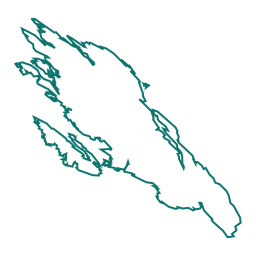 Radøy nor, Norway (Albers equal-area conic projection)
{"feature_id": "86288312B30857166423127", "entity_name": "Radøy nor", "entity_type": "district", "adm_level": 2, "iso_a3": "NOR", "parent_name": "Norway", "parent_adm1": "", "projection": "albers", "projection_center": [4.99, 60.666], "detail": "fine", "context": "isolated", "style": "outline", "palette": "teal", "viewbox_px": 256, "rotation_deg": 0, "n_neighbors": 0, "source": "geoboundaries", "source_scale": "gbopen_adm2", "svg_char_len": 5618}
<svg xmlns="http://www.w3.org/2000/svg" viewBox="0 0 256 256"><path d="M240.6,222.8L240.1,217.6L233.7,206.0L230.5,203.1L228.6,195.2L226.3,190.8L219.6,184.2L215.3,182.7L213.4,178.2L209.5,174.5L205.7,167.9L203.8,169.1L201.8,165.6L197.6,162.1L196.0,161.9L195.7,164.0L193.3,159.3L193.9,159.2L192.5,155.6L178.5,142.4L177.9,141.0L179.0,141.5L177.9,140.2L178.7,136.7L176.9,132.6L177.5,131.3L175.5,127.4L157.6,111.6L152.8,109.9L154.1,114.2L155.8,116.0L157.2,115.7L157.8,119.3L159.3,121.3L165.8,126.6L167.9,130.5L163.3,128.7L166.1,133.2L177.0,144.7L177.3,147.8L181.3,152.7L182.2,156.3L182.4,163.6L183.9,166.9L183.6,168.3L178.9,158.6L179.3,157.3L177.6,153.8L179.9,153.3L179.5,152.2L169.8,143.3L169.2,142.4L169.9,141.7L169.1,140.7L164.3,138.1L163.5,136.4L164.9,135.5L162.8,132.4L158.2,129.3L155.7,130.3L158.9,127.9L153.1,119.6L153.7,118.3L151.4,111.2L139.3,99.2L143.2,101.9L145.6,101.0L142.8,95.8L143.2,94.1L138.9,82.3L139.9,81.9L139.5,80.9L130.4,71.0L135.3,74.1L129.8,66.3L129.6,67.3L127.9,66.3L129.2,66.6L121.2,59.5L127.5,65.9L125.8,65.8L114.0,53.7L106.3,48.5L101.6,47.0L103.4,49.3L90.3,42.7L89.0,42.9L89.1,43.9L86.4,42.0L84.4,43.5L82.5,42.9L85.0,46.7L84.1,46.3L84.6,47.2L72.6,38.8L66.6,35.4L69.7,37.5L67.8,36.9L75.8,45.3L79.5,47.5L79.5,48.8L81.4,50.5L81.8,52.3L86.9,54.0L88.9,58.3L94.0,62.7L94.2,64.2L92.9,64.9L88.1,58.4L83.7,55.7L76.7,47.3L71.6,44.2L72.7,45.8L71.3,45.1L63.3,38.2L61.9,38.7L68.6,42.8L60.1,38.3L61.2,37.7L56.0,32.2L54.4,32.6L34.7,18.9L31.4,18.8L35.1,20.4L32.7,20.1L35.3,23.4L41.0,25.1L44.8,27.4L39.2,25.2L38.6,25.8L42.4,28.2L38.0,26.4L39.2,28.7L45.5,32.3L38.9,30.3L42.6,32.8L38.8,31.3L40.2,33.3L41.5,38.0L46.9,42.6L50.7,43.8L55.0,48.0L43.1,41.8L45.7,45.8L35.1,35.4L22.0,28.6L23.4,33.2L28.4,36.9L25.9,36.5L28.4,40.9L33.0,44.2L33.6,48.1L35.8,51.1L47.4,56.5L48.5,57.6L45.1,57.2L45.3,60.0L49.7,63.5L53.8,68.8L58.1,71.1L58.2,72.4L56.1,71.2L55.8,72.5L59.8,76.8L58.8,77.5L53.4,73.4L50.2,68.7L49.4,65.2L42.4,59.8L45.3,63.7L43.7,62.7L43.9,63.5L41.4,60.0L37.3,58.7L34.2,58.6L36.6,60.9L33.8,61.1L34.1,62.2L32.5,60.6L31.4,61.3L33.4,63.7L35.7,63.0L36.9,65.1L36.2,65.6L43.5,70.5L45.7,73.8L47.7,73.8L49.6,76.9L51.4,77.3L48.3,72.8L48.2,70.4L53.8,75.1L50.9,75.0L54.1,77.9L54.7,81.6L55.8,82.6L53.1,80.9L52.8,82.2L56.0,84.6L53.2,84.0L57.0,88.3L54.9,87.6L57.3,90.2L59.2,94.6L50.1,81.3L43.7,78.9L41.1,76.5L38.5,77.3L39.7,79.0L37.6,80.1L38.4,80.6L37.1,82.2L37.9,83.9L48.5,89.4L56.4,96.1L51.7,94.5L50.1,92.4L47.2,92.2L48.3,93.7L46.1,93.2L45.3,94.0L45.6,94.7L54.2,101.3L55.3,101.1L50.3,96.7L55.6,99.4L55.5,97.7L56.1,97.6L57.1,99.9L61.9,103.0L61.1,105.0L64.9,106.8L64.2,107.5L67.0,109.9L65.5,110.4L66.0,110.9L67.1,110.6L68.3,108.3L72.0,110.1L68.2,109.1L67.7,110.6L68.4,112.3L65.1,112.6L66.0,113.1L65.4,114.0L66.5,116.8L63.7,115.4L68.0,118.9L68.4,120.5L70.3,119.9L73.4,125.1L73.9,125.2L72.4,122.9L74.0,122.8L75.0,124.5L74.0,124.8L75.6,126.7L75.1,126.8L78.6,129.4L76.7,128.1L76.5,128.6L83.3,134.5L89.9,136.5L90.4,138.3L93.7,139.9L95.1,139.6L95.3,137.7L97.4,138.2L97.0,136.8L98.2,138.6L99.6,137.7L100.3,138.7L99.1,138.9L99.6,140.6L101.2,141.7L103.9,140.6L111.2,148.3L110.1,149.0L111.4,150.3L108.9,149.0L101.0,149.5L110.3,155.7L111.2,158.2L112.7,159.2L109.9,158.2L109.7,159.5L111.4,161.3L110.8,162.5L104.1,159.8L104.7,161.8L102.4,164.8L105.5,165.8L106.8,164.9L103.6,164.3L105.9,160.8L110.8,163.7L109.0,164.4L110.2,165.2L107.8,166.1L108.3,166.8L114.6,167.9L114.6,169.3L118.1,171.0L119.2,170.3L116.3,167.9L124.0,169.6L126.5,166.3L128.0,161.6L128.6,163.7L127.7,163.4L127.6,164.7L124.0,170.8L124.3,171.6L132.0,173.3L134.5,174.7L134.1,175.7L131.3,174.4L132.2,175.4L146.1,182.2L152.7,183.2L156.3,186.2L153.7,186.2L157.9,188.7L156.5,188.9L159.4,193.0L157.4,193.4L157.8,197.0L156.6,196.7L157.4,198.5L160.3,202.2L161.9,202.8L161.0,201.1L168.8,206.8L175.8,208.9L177.6,208.2L177.4,207.0L182.8,208.5L188.4,207.9L193.1,210.4L194.4,209.6L193.9,208.4L195.5,209.4L200.3,208.4L201.2,206.7L199.4,202.8L201.3,202.9L204.2,210.7L212.3,219.2L211.7,220.1L212.6,221.5L223.0,230.8L227.6,237.2L233.7,236.3L232.0,233.9L236.4,230.4L235.3,226.5L240.6,222.8ZM46.7,123.5L34.0,117.1L35.2,120.0L34.4,122.3L37.9,124.4L35.9,122.3L37.9,120.6L38.3,123.1L39.0,123.1L37.6,125.1L39.6,126.9L38.8,128.6L42.2,130.1L41.7,131.5L42.5,132.5L42.2,133.2L44.9,134.7L43.8,135.7L44.1,136.7L42.1,136.0L42.0,137.3L45.1,139.5L44.7,141.2L46.0,142.0L46.0,144.4L50.1,145.5L49.1,144.1L54.2,144.8L54.6,143.6L56.8,145.4L56.5,148.8L58.6,148.9L59.2,152.4L60.4,152.7L59.4,154.8L63.2,156.3L62.7,155.2L66.2,153.7L65.6,155.7L66.2,156.2L65.8,159.8L64.8,158.4L62.1,159.4L63.8,160.1L63.2,162.8L64.3,164.3L65.7,165.3L67.1,164.0L67.0,165.4L72.5,166.6L73.8,162.9L75.1,161.8L75.7,163.6L77.3,163.6L77.3,167.4L76.3,167.7L78.6,170.2L92.7,175.2L98.8,175.5L99.2,173.7L101.4,173.3L98.8,168.5L100.6,170.4L101.1,170.3L98.5,166.8L97.4,166.5L97.8,167.6L93.2,163.1L94.0,162.0L100.1,165.7L98.7,163.1L91.5,154.1L86.8,150.8L85.5,148.3L83.4,147.9L83.5,146.5L82.4,146.5L81.5,144.1L75.4,140.1L75.5,137.0L74.9,137.5L73.8,135.5L69.1,133.9L70.0,136.3L69.4,136.7L73.1,139.7L72.0,140.3L77.8,146.8L84.5,151.3L87.8,156.0L87.3,156.3L88.3,158.4L89.0,157.8L89.3,159.5L91.1,160.9L83.6,158.2L83.5,156.6L82.5,156.1L83.8,155.5L83.2,154.2L72.7,146.9L74.2,146.3L68.8,141.2L67.4,141.2L66.0,138.5L62.5,135.7L53.3,128.6L51.8,128.7L46.7,123.5ZM16.5,63.2L15.4,63.9L17.7,67.1L20.5,67.1L20.6,65.2L22.0,67.5L22.6,68.9L20.8,67.3L20.4,69.7L21.3,70.9L20.5,71.0L23.6,74.8L27.0,73.6L25.8,70.8L29.4,73.2L30.8,72.6L33.9,76.6L40.1,75.4L37.6,70.2L30.7,65.2L22.5,62.4L19.2,63.0L19.1,64.9L16.5,63.2ZM148.9,85.4L145.4,83.6L144.1,83.8L145.6,85.0L143.9,84.1L144.6,85.2L143.1,85.2L146.4,86.4L146.0,87.7L148.9,85.4Z" fill="none" stroke="#0f766e" stroke-width="2"/></svg>